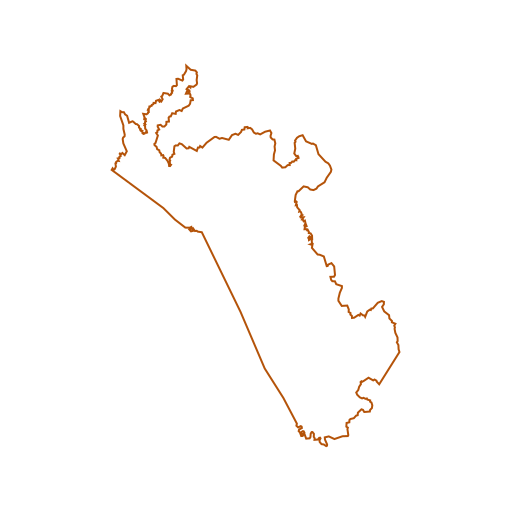 the district of Tibú, Norte de Santander, Colombia, rotated 165°
{"feature_id": "7082276B23933062741111", "entity_name": "Tibú", "entity_type": "district", "adm_level": 2, "iso_a3": "COL", "parent_name": "Colombia", "parent_adm1": "Norte de Santander", "projection": "natural_earth1", "projection_center": [-72.788, 8.696], "detail": "fine", "context": "isolated", "style": "outline", "palette": "amber", "viewbox_px": 512, "rotation_deg": 165, "n_neighbors": 0, "source": "geoboundaries", "source_scale": "gbopen_adm2", "svg_char_len": 6091}
<svg xmlns="http://www.w3.org/2000/svg" viewBox="0 0 512 512"><g transform="rotate(165 256 256)"><path d="M161.2,324.2L162.2,326.8L164.5,329.1L169.3,338.2L169.5,347.5L171.9,349.9L173.0,349.8L178.0,353.8L179.7,360.6L183.2,360.5L185.8,359.6L188.4,357.4L188.3,356.1L189.4,355.3L190.3,349.5L192.5,345.1L191.3,342.0L189.8,341.9L190.1,340.3L189.5,340.4L189.5,339.7L192.1,339.4L192.3,338.1L193.3,338.5L195.2,337.3L196.5,337.9L197.9,336.9L199.5,337.1L199.9,335.1L201.9,335.6L204.7,334.1L207.8,334.6L208.7,336.7L214.3,343.8L212.4,349.5L210.3,353.1L209.7,357.0L208.2,359.8L208.1,363.7L209.8,364.3L211.1,366.7L210.9,368.2L209.3,370.8L210.0,373.6L215.0,373.7L220.5,372.4L222.7,374.1L224.4,374.1L226.1,375.8L227.0,379.3L228.4,381.2L230.8,381.5L230.4,382.2L230.9,382.9L233.6,383.3L234.5,381.2L237.0,381.5L238.3,379.7L241.9,377.6L244.2,379.4L247.9,379.0L252.2,375.3L258.3,378.8L260.9,378.7L263.7,381.4L265.3,381.7L274.4,378.2L279.7,374.6L281.5,376.7L282.5,375.4L284.0,375.8L286.0,372.8L292.2,378.7L293.2,377.5L295.2,377.8L298.7,383.2L300.8,384.6L302.9,383.0L305.0,383.6L306.4,383.1L308.5,377.9L308.4,375.8L310.5,375.5L311.3,373.7L313.6,373.2L314.6,371.5L314.2,370.3L315.5,368.9L315.0,368.1L315.5,367.0L314.5,366.1L315.7,365.1L316.6,365.4L316.3,367.7L316.8,370.7L318.3,374.2L320.1,375.0L319.4,376.4L319.6,377.5L321.4,377.7L321.2,379.5L322.2,381.1L322.1,383.2L323.8,384.7L323.8,387.2L325.3,389.3L325.2,390.5L323.8,391.2L319.6,397.8L320.6,400.7L319.2,401.2L318.7,402.8L316.8,403.2L317.5,406.4L317.1,407.6L314.2,407.4L312.9,405.3L311.0,404.8L308.6,406.2L307.8,408.8L305.3,408.4L304.6,412.2L303.5,413.1L302.2,412.9L300.0,415.6L296.8,414.1L295.9,416.3L292.1,416.8L290.3,415.3L288.5,417.4L282.1,418.6L280.3,420.1L278.8,423.3L276.6,422.9L276.3,424.6L278.4,426.6L277.6,428.4L277.9,430.1L281.7,430.9L279.8,433.3L278.6,432.0L277.6,432.1L277.5,433.1L279.8,435.2L276.8,437.3L275.8,435.8L275.4,436.9L272.7,435.6L269.0,437.0L268.2,438.2L267.8,441.3L266.0,445.7L266.4,447.3L265.6,448.7L266.6,450.8L270.9,452.8L274.1,457.8L274.8,454.3L275.8,452.6L278.7,449.8L280.0,449.5L280.7,445.3L281.7,444.5L285.4,447.4L287.0,447.6L288.2,441.5L289.3,440.8L291.5,441.6L292.9,441.1L294.0,439.0L293.7,437.3L294.6,437.3L294.8,435.3L295.9,434.9L296.2,434.0L298.0,433.6L299.1,435.6L303.2,437.4L305.1,434.9L306.2,434.5L305.6,431.6L307.4,429.8L308.1,431.1L308.3,430.1L309.2,429.9L309.9,432.0L312.4,431.8L313.5,429.7L315.3,430.4L315.9,429.2L317.6,428.9L317.9,428.1L320.0,428.0L319.8,427.6L321.4,426.3L321.7,425.2L322.2,425.6L322.7,425.0L322.0,424.4L322.3,422.8L323.0,422.8L323.5,421.8L325.1,421.2L328.1,422.5L327.8,419.0L328.9,416.2L327.5,417.8L326.9,416.8L327.7,415.5L327.5,414.5L328.5,414.2L328.8,413.1L329.6,412.7L328.8,411.7L330.0,411.0L329.5,410.2L330.1,407.7L329.2,405.7L329.3,402.6L330.0,404.3L331.9,403.1L333.0,403.0L333.7,403.8L333.1,404.3L334.6,406.5L334.0,406.7L334.7,407.1L334.5,408.3L335.2,408.3L335.1,409.4L335.8,410.4L335.3,411.8L336.8,414.1L338.0,414.6L339.8,417.5L340.5,418.1L344.1,417.5L344.2,424.8L345.8,426.7L346.4,429.1L348.2,429.6L349.5,431.0L351.0,426.4L350.3,416.5L351.2,413.1L351.4,407.2L352.0,405.6L353.7,404.8L354.5,403.5L355.0,399.1L353.7,390.6L356.7,387.4L358.4,390.1L359.6,389.4L361.7,390.7L361.0,389.9L360.8,387.6L362.3,387.1L362.5,386.0L363.9,386.0L363.5,385.4L364.2,384.6L364.0,383.4L364.9,383.8L366.9,382.9L367.1,381.9L367.8,381.8L368.2,378.6L370.1,376.4L371.2,376.2L371.8,377.8L373.1,376.5L333.1,326.3L324.9,312.2L316.9,301.7L312.7,300.5L311.0,300.8L311.2,299.2L313.5,298.8L312.4,296.6L310.5,296.6L310.5,298.9L309.7,299.2L308.5,295.9L306.8,295.7L305.9,294.6L302.2,293.0L285.4,206.0L276.7,145.1L266.3,111.8L259.9,83.5L260.9,81.6L259.7,79.6L256.8,80.1L256.1,79.4L256.2,78.0L259.3,77.2L260.1,75.8L259.0,73.8L256.0,74.7L255.3,74.3L255.0,72.9L256.3,72.0L259.1,72.6L258.9,70.4L257.5,70.1L256.2,71.3L255.2,71.2L254.8,66.6L251.4,66.0L250.3,67.0L249.1,70.3L247.8,71.5L247.0,71.3L246.1,69.2L247.0,66.4L246.5,64.7L247.1,63.3L243.8,62.7L242.0,64.0L241.1,63.9L240.9,63.1L242.4,61.5L242.6,59.8L241.4,57.3L239.3,56.4L237.4,54.2L236.5,54.4L236.1,55.6L236.9,60.9L236.5,63.0L232.4,62.9L227.6,58.9L219.1,59.5L213.9,58.3L213.2,59.1L212.5,65.1L211.7,66.4L212.9,67.8L211.7,71.3L208.9,71.2L208.2,73.4L207.0,74.1L203.5,74.0L200.6,75.9L199.0,75.9L198.1,78.3L193.8,80.6L192.5,79.7L191.8,77.3L186.3,76.3L185.6,77.8L183.4,79.1L182.3,81.7L182.4,84.6L183.5,85.8L183.1,87.0L185.6,88.5L185.8,89.7L187.2,89.7L188.9,91.2L190.4,91.0L192.3,92.6L194.2,95.9L194.5,98.2L191.9,100.1L190.2,103.0L187.8,105.1L187.6,107.2L186.6,107.7L186.1,107.0L184.1,107.5L178.8,109.3L175.0,105.5L173.5,106.0L171.9,104.4L171.9,103.4L170.2,100.2L142.3,126.1L142.4,129.0L141.5,133.1L142.3,136.2L141.2,137.2L140.4,140.7L141.3,145.7L141.0,149.8L140.3,151.1L140.5,152.9L138.9,154.5L141.9,156.8L141.5,158.1L143.3,161.1L142.8,164.4L146.5,169.3L147.4,174.2L145.0,176.3L144.3,178.6L146.2,179.9L150.5,179.3L156.7,175.1L158.2,175.4L159.1,174.1L160.0,174.7L162.9,173.6L166.3,169.0L166.6,170.5L167.9,170.9L169.9,173.4L171.3,171.6L172.4,172.6L177.1,171.0L179.3,171.3L178.9,173.4L180.0,175.0L179.5,176.5L181.0,178.0L180.2,180.4L180.7,184.5L186.1,185.6L188.0,191.4L187.4,193.6L184.5,198.9L181.3,202.9L180.8,204.7L185.8,208.0L186.3,211.1L188.8,211.9L189.6,213.6L189.5,216.6L186.0,215.8L184.6,217.2L183.2,225.7L185.0,229.6L188.5,229.0L189.4,227.8L190.3,227.9L190.6,238.0L194.1,240.7L196.1,241.5L199.9,249.4L198.7,252.0L200.5,253.2L198.2,253.4L198.6,254.4L197.8,257.8L199.8,259.0L200.0,257.9L200.7,257.7L200.4,259.4L200.8,260.0L199.3,261.2L197.2,258.6L196.6,261.2L197.4,263.7L199.1,264.5L198.7,265.6L199.3,268.1L200.0,267.7L200.5,268.9L202.2,269.3L201.2,271.5L199.4,271.7L199.6,273.6L200.9,273.5L199.7,275.0L199.6,277.5L201.0,277.2L201.3,278.9L202.1,279.3L200.0,281.1L202.9,281.7L203.0,282.6L200.8,283.5L201.5,284.0L201.0,284.6L201.2,286.6L201.9,287.9L202.7,287.8L202.0,289.1L203.6,292.3L203.3,294.6L204.4,294.7L202.7,297.7L203.0,298.3L204.4,298.2L204.4,298.7L201.9,304.7L199.2,307.8L198.2,307.5L192.0,310.9L188.2,309.0L186.4,306.2L183.4,304.8L180.2,305.4L178.1,307.2L170.7,309.5L167.4,313.3L161.9,317.9L160.8,320.0L161.2,324.2Z" fill="none" stroke="#b45309" stroke-width="2"/></g></svg>